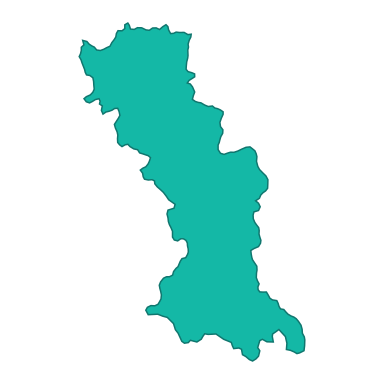 Itueta, Minas Gerais, Brazil (Mercator projection), rotated 90°
{"feature_id": "56859067B64737681226599", "entity_name": "Itueta", "entity_type": "district", "adm_level": 2, "iso_a3": "BRA", "parent_name": "Brazil", "parent_adm1": "Minas Gerais", "projection": "mercator", "projection_center": [-41.108, -19.373], "detail": "fine", "context": "isolated", "style": "filled", "palette": "teal", "viewbox_px": 384, "rotation_deg": 90, "n_neighbors": 0, "source": "geoboundaries", "source_scale": "gbopen_adm2", "svg_char_len": 4036}
<svg xmlns="http://www.w3.org/2000/svg" viewBox="0 0 384 384"><g transform="rotate(90 192 192)"><path d="M310.2,238.2L314.7,235.8L314.2,226.3L316.2,221.2L317.4,216.7L323.6,210.5L329.7,208.6L333.2,205.9L341.3,202.2L343.2,199.6L342.6,195.7L340.3,193.6L342.0,187.1L339.2,182.7L336.5,181.2L333.8,179.3L334.4,175.9L334.0,168.0L339.3,160.3L342.4,152.7L345.8,151.6L348.6,150.3L348.0,145.1L349.3,142.5L354.7,141.5L356.6,138.1L359.6,134.6L361.0,131.4L358.9,128.0L356.2,125.5L350.8,124.2L347.6,126.3L340.6,124.2L339.3,121.6L341.8,117.1L342.0,110.7L336.6,111.7L334.0,111.4L332.0,108.5L329.5,105.1L336.6,98.6L343.3,97.1L349.5,97.6L350.3,93.6L352.0,89.7L353.6,87.1L352.9,84.4L350.7,80.0L345.8,79.4L339.8,79.2L336.9,79.7L333.3,81.6L329.2,81.9L325.2,83.0L321.3,85.6L318.7,87.8L317.1,90.1L316.0,92.9L314.2,96.0L311.9,98.2L309.5,100.2L308.9,103.5L306.4,105.0L303.3,105.9L300.6,107.2L299.9,111.6L298.2,114.1L295.2,115.7L292.0,117.6L292.1,120.9L291.9,124.2L289.7,125.9L286.9,126.1L283.9,124.9L280.9,126.5L277.6,127.7L273.0,127.5L270.0,127.0L266.2,127.2L262.9,129.4L259.7,131.5L257.3,132.2L254.0,132.8L250.5,133.2L248.6,130.1L246.6,125.5L243.3,123.5L240.3,123.1L237.3,124.1L234.0,125.0L230.5,124.8L227.7,125.3L225.2,127.2L222.4,129.2L218.8,130.7L215.2,130.9L211.9,130.1L210.5,125.5L206.8,123.8L203.2,125.5L200.8,128.4L198.3,124.6L195.0,123.2L192.8,121.1L190.9,118.4L188.3,116.4L183.9,116.2L179.7,116.1L175.9,118.1L172.7,121.4L169.5,124.5L166.4,126.2L161.4,127.5L156.7,127.1L153.8,127.8L150.8,129.1L148.6,131.8L146.9,134.0L147.3,138.0L149.1,142.2L151.0,146.1L152.3,150.0L152.2,153.5L153.2,156.7L154.4,159.9L153.3,163.5L149.6,165.9L145.0,165.9L142.6,164.8L140.1,164.2L136.7,163.2L133.3,161.3L129.8,161.1L126.6,163.5L122.4,164.1L118.1,162.6L114.3,160.9L111.8,160.9L110.0,163.5L108.7,166.3L108.0,169.2L106.0,171.6L106.5,175.8L105.0,179.4L102.8,183.1L102.4,185.8L101.5,188.6L99.4,191.6L95.8,190.7L92.0,189.3L89.2,190.5L86.9,191.5L84.0,193.7L83.0,196.7L80.4,194.9L78.7,192.2L76.8,189.3L73.9,189.4L72.7,192.2L71.6,196.0L69.3,197.9L66.1,197.7L61.9,197.3L58.1,196.3L55.5,196.0L52.8,196.1L50.0,196.2L47.1,195.5L44.1,195.9L40.3,194.8L37.1,193.2L34.2,192.8L34.6,196.1L32.4,199.9L32.5,204.4L32.1,207.9L33.3,210.3L33.6,213.4L29.9,215.4L26.6,216.1L24.7,218.0L26.6,221.1L29.5,224.5L27.9,227.8L28.0,231.4L30.3,234.7L29.9,238.0L27.8,242.3L27.7,246.6L29.4,249.7L29.1,253.5L25.3,254.7L23.0,256.2L24.8,259.2L28.6,259.2L30.8,262.0L30.7,266.0L33.5,267.6L37.0,268.2L39.7,269.9L42.7,272.2L46.2,274.0L47.8,277.6L49.2,280.1L50.5,283.6L50.0,287.3L47.1,289.7L46.0,292.0L44.2,294.8L41.5,297.1L40.4,301.3L44.9,300.1L47.3,302.7L50.4,302.7L53.8,303.5L56.6,304.8L59.7,303.0L63.1,301.9L66.4,300.6L69.5,299.4L72.2,298.8L74.9,297.5L75.5,294.1L77.8,291.1L81.5,290.4L85.0,290.2L89.2,289.8L92.3,291.2L94.9,293.7L96.7,297.7L98.7,300.0L101.8,297.7L102.9,294.4L101.4,291.5L99.6,288.7L98.7,285.0L101.2,283.9L104.0,284.5L105.9,281.7L110.4,282.6L114.1,281.0L112.0,278.0L111.3,275.0L110.2,272.0L108.5,269.4L108.3,266.3L111.6,264.9L115.4,264.1L118.2,265.6L121.3,267.6L124.4,269.6L128.0,268.6L131.8,266.9L135.1,266.2L138.7,266.5L142.5,266.3L144.8,264.4L146.6,262.0L144.8,258.8L144.3,256.1L146.6,254.0L148.9,250.2L149.7,246.4L152.9,244.4L153.9,241.1L154.8,238.5L155.7,235.7L157.7,233.5L161.4,234.7L164.1,236.0L166.8,238.2L168.2,241.2L170.1,243.7L173.2,241.4L176.8,240.8L179.2,239.5L180.0,235.7L179.7,231.9L180.9,229.5L183.8,229.2L186.9,226.7L189.4,223.8L192.4,220.6L196.2,217.7L199.8,215.3L202.1,212.0L204.3,208.9L208.2,210.0L209.2,213.1L210.1,216.0L214.0,217.0L217.9,216.0L221.6,215.6L224.6,214.6L227.7,213.0L231.3,211.5L234.2,211.5L237.1,211.5L240.0,209.7L240.9,206.3L238.8,203.3L238.8,200.6L240.3,198.1L242.9,196.7L245.9,196.5L248.9,195.8L252.1,195.7L254.5,196.5L257.7,198.3L258.6,202.0L261.2,203.7L263.8,204.8L266.7,206.0L268.4,208.0L271.5,210.4L275.1,211.4L276.7,214.4L276.8,217.6L278.2,220.5L281.9,223.4L285.2,224.7L288.5,224.1L291.0,223.4L294.9,222.6L299.0,223.0L301.8,224.5L304.3,226.0L305.8,229.2L305.6,233.1L307.3,236.6L310.2,238.2Z" fill="#14b8a6" stroke="#0f766e" stroke-width="1.5"/></g></svg>